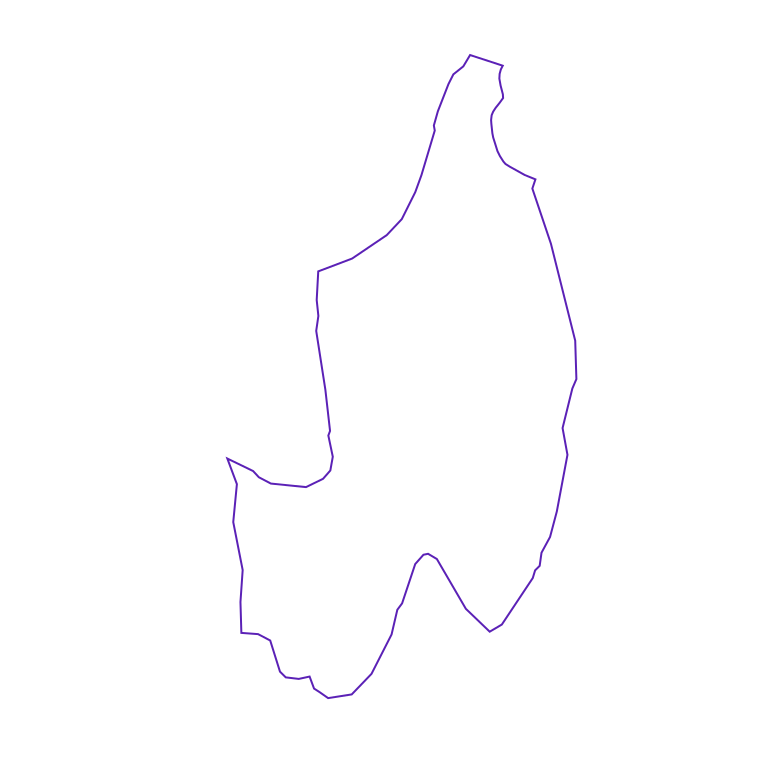 San Juan La Laguna, Sololá, Guatemala (Natural Earth projection), rotated 341°
{"feature_id": "79465075B17327710580812", "entity_name": "San Juan La Laguna", "entity_type": "district", "adm_level": 2, "iso_a3": "GTM", "parent_name": "Guatemala", "parent_adm1": "Sololá", "projection": "natural_earth1", "projection_center": [-91.312, 14.674], "detail": "fine", "context": "isolated", "style": "outline", "palette": "violet", "viewbox_px": 768, "rotation_deg": 341, "n_neighbors": 0, "source": "geoboundaries", "source_scale": "gbopen_adm2", "svg_char_len": 1258}
<svg xmlns="http://www.w3.org/2000/svg" viewBox="0 0 768 768"><g transform="rotate(341 384 384)"><path d="M403.3,652.6L417.1,649.8L461.5,615.9L466.2,609.4L472.0,606.6L478.0,594.8L491.2,582.7L505.9,560.8L534.4,510.7L538.5,483.8L560.6,449.6L567.5,442.0L578.9,405.3L587.5,305.8L587.9,247.5L593.8,239.8L585.1,232.2L573.8,219.6L570.5,215.5L569.3,212.5L567.8,206.2L567.1,200.7L567.3,194.0L567.5,186.5L568.1,182.2L570.2,173.0L571.2,169.3L573.3,164.9L575.9,162.0L579.5,159.2L584.7,155.9L589.7,152.4L590.7,148.8L591.0,145.1L591.4,139.8L592.5,132.8L594.3,128.4L596.9,124.6L599.9,121.7L572.5,101.0L562.4,109.5L550.4,113.8L542.6,121.4L523.7,143.7L515.3,155.8L514.5,160.9L487.4,198.7L476.0,212.8L454.5,233.9L435.1,244.1L394.7,255.0L358.5,256.1L347.7,282.7L344.1,298.3L337.2,311.7L326.7,370.3L317.7,410.8L314.6,414.6L311.9,436.1L305.1,448.3L295.5,453.8L276.7,456.1L244.6,441.3L235.3,431.4L231.9,423.7L211.6,403.5L212.3,430.8L196.5,465.5L189.8,513.9L177.3,543.4L168.1,572.9L183.5,579.5L192.9,589.5L192.0,622.1L195.6,629.4L207.4,635.1L218.4,636.4L218.7,649.2L222.8,654.4L228.9,662.8L252.4,667.0L277.8,654.0L309.6,623.3L323.1,601.8L329.7,597.3L354.9,564.4L365.7,558.3L370.4,558.9L377.0,566.7L388.2,623.2L403.3,652.6Z" fill="none" stroke="#5b21b6" stroke-width="2"/></g></svg>